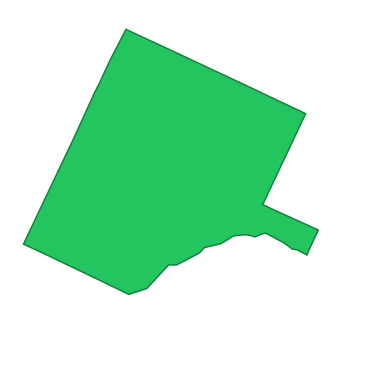 Anoka, Minnesota, United States of America (Mercator projection), rotated 295°
{"feature_id": "52423323B48420987628621", "entity_name": "Anoka", "entity_type": "district", "adm_level": 2, "iso_a3": "USA", "parent_name": "United States of America", "parent_adm1": "Minnesota", "projection": "mercator", "projection_center": [-93.252, 45.225], "detail": "fine", "context": "isolated", "style": "filled", "palette": "green", "viewbox_px": 384, "rotation_deg": 295, "n_neighbors": 0, "source": "geoboundaries", "source_scale": "gbopen_adm2", "svg_char_len": 662}
<svg xmlns="http://www.w3.org/2000/svg" viewBox="0 0 384 384"><g transform="rotate(295 192 192)"><path d="M311.5,63.4L275.7,62.0L252.0,62.1L241.9,61.7L192.2,62.1L73.5,61.3L73.6,81.5L73.0,141.0L72.5,178.0L85.4,191.8L116.0,201.6L119.5,209.0L139.9,224.5L146.9,226.7L157.1,239.7L161.7,243.0L169.8,248.2L175.9,258.4L177.3,263.3L177.9,268.0L182.8,272.4L185.9,276.0L184.7,297.7L182.6,306.8L184.0,311.8L183.5,322.7L189.0,322.6L210.9,322.5L210.8,312.7L210.7,304.7L210.7,302.3L210.5,282.9L210.4,273.4L210.5,261.4L217.8,261.5L229.4,261.5L269.2,261.7L311.0,261.9L311.2,220.6L311.4,202.1L311.5,142.7L311.5,63.4Z" fill="#22c55e" stroke="#15803d" stroke-width="1.5"/></g></svg>